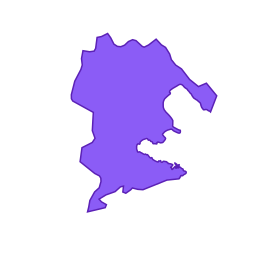 outline of Sevan, Gegharkunik, Armenia, rotated 22°
{"feature_id": "60910142B53261358782492", "entity_name": "Sevan", "entity_type": "district", "adm_level": 2, "iso_a3": "ARM", "parent_name": "Armenia", "parent_adm1": "Gegharkunik", "projection": "mercator", "projection_center": [45.001, 40.541], "detail": "fine", "context": "isolated", "style": "filled", "palette": "violet", "viewbox_px": 256, "rotation_deg": 22, "n_neighbors": 0, "source": "geoboundaries", "source_scale": "gbopen_adm2", "svg_char_len": 5875}
<svg xmlns="http://www.w3.org/2000/svg" viewBox="0 0 256 256"><g transform="rotate(22 128 128)"><path d="M121.9,220.9L136.7,210.4L136.7,207.2L131.0,206.4L127.8,204.8L132.6,198.3L139.9,191.8L143.1,185.3L145.6,183.6L147.2,189.3L150.4,189.3L153.6,184.4L154.5,182.0L160.1,181.2L165.0,179.6L183.6,161.7L194.2,156.1L194.2,155.9L194.6,155.5L194.6,155.3L194.6,155.2L194.4,154.8L194.4,154.6L194.5,154.4L194.9,153.8L195.0,153.6L195.0,153.4L194.8,153.1L194.8,152.8L194.9,152.3L195.0,152.2L195.5,152.0L196.0,152.0L196.3,151.9L196.5,151.8L196.7,151.5L196.9,150.9L197.1,150.5L198.2,149.2L198.7,148.4L198.7,148.1L198.7,147.7L198.6,147.4L198.5,147.1L198.3,146.9L198.1,146.8L197.8,146.7L196.9,146.6L196.7,146.7L196.4,146.8L195.7,146.8L195.5,146.7L195.2,146.6L194.8,146.1L194.6,145.7L194.3,145.5L194.1,145.4L193.5,145.4L193.2,145.5L192.6,145.4L192.4,145.3L191.6,144.9L191.3,144.8L191.1,144.8L190.6,145.0L190.0,145.6L189.6,146.1L189.3,146.3L189.1,146.3L189.0,146.1L189.6,145.4L189.9,144.9L190.0,144.7L189.9,144.6L189.6,144.5L188.8,144.8L188.4,144.9L188.2,144.8L188.1,144.6L188.1,144.4L188.2,144.2L188.7,144.0L189.3,143.4L189.4,143.2L189.2,142.9L188.9,143.1L188.2,143.6L187.8,144.1L187.6,144.3L187.5,144.5L187.5,144.9L187.5,145.2L187.5,145.5L187.9,146.1L188.0,146.4L187.9,146.7L187.9,147.0L187.7,147.2L187.6,147.3L187.2,147.2L186.9,147.1L186.7,146.9L186.6,146.6L186.6,146.0L186.7,145.4L186.9,144.9L186.9,144.6L186.9,144.2L186.8,143.8L186.7,143.4L185.4,143.0L185.0,143.0L184.8,142.9L184.6,142.9L184.6,143.0L185.1,143.6L185.4,143.8L186.0,143.8L186.5,144.1L186.6,144.3L186.7,144.6L186.7,144.9L186.6,145.3L186.0,146.2L185.6,147.1L185.4,147.5L185.4,148.0L185.1,148.8L184.8,149.5L184.6,149.8L184.4,149.8L184.2,149.9L184.0,149.7L183.9,149.5L184.0,149.3L183.8,149.1L183.5,148.9L183.4,148.6L183.2,148.6L182.5,148.7L182.3,148.5L182.3,148.3L182.4,148.1L182.8,147.7L183.0,147.2L183.0,146.8L183.3,146.0L183.4,145.7L183.3,145.4L183.1,145.2L182.9,145.2L182.6,145.2L181.3,145.2L180.8,145.3L180.5,145.4L179.3,145.6L178.7,145.9L178.4,145.6L178.2,145.4L177.2,145.3L177.1,145.2L176.9,145.0L176.6,144.9L176.2,144.9L175.7,144.9L175.4,145.0L175.2,145.2L174.0,145.3L173.6,145.4L173.1,145.8L172.9,146.5L172.7,146.7L172.6,146.9L172.3,147.1L171.7,147.1L171.2,147.0L171.0,146.9L170.8,146.7L170.6,146.2L170.4,146.1L170.0,146.6L169.7,146.8L169.0,146.9L168.8,147.1L168.8,147.4L168.8,147.8L168.7,148.1L168.4,148.2L168.1,148.4L167.5,148.4L167.1,148.4L166.3,148.4L165.1,148.3L162.8,147.9L162.0,147.3L161.3,146.6L161.0,146.6L160.6,147.0L160.2,147.3L159.8,147.3L159.2,147.1L158.7,146.9L156.9,145.8L156.1,145.4L155.8,145.5L155.6,145.6L155.4,145.8L154.8,145.8L154.0,145.6L153.7,145.8L153.0,146.4L152.7,146.4L151.8,146.3L150.1,146.0L149.1,146.0L148.6,145.9L148.3,145.8L147.9,145.7L147.5,145.8L146.6,146.5L146.1,146.6L145.8,146.5L145.5,146.2L144.8,145.3L144.0,144.4L143.6,143.6L143.4,143.0L143.2,142.6L142.8,141.6L142.8,141.2L142.7,140.6L142.7,140.1L142.9,139.5L143.1,139.1L143.3,138.9L143.6,138.8L144.5,138.8L144.8,138.6L144.9,138.4L145.0,138.0L144.8,137.4L144.6,137.0L144.6,136.6L144.7,136.1L145.0,135.4L145.3,134.7L145.7,134.1L146.0,133.6L146.4,133.1L149.0,130.9L149.5,130.7L149.9,130.7L150.3,130.8L150.6,131.0L151.1,131.5L151.3,131.6L151.6,131.6L151.8,131.4L152.1,131.2L152.5,131.2L153.4,131.3L153.6,131.5L153.8,131.7L154.2,131.9L154.5,131.9L154.9,131.8L155.4,131.8L156.0,132.0L156.3,132.3L156.7,132.8L156.9,133.0L157.2,133.1L157.4,133.1L158.4,132.7L159.1,132.3L159.9,132.3L160.2,132.2L160.6,131.9L160.7,131.7L160.4,131.0L160.3,130.8L160.4,130.5L160.6,130.2L160.9,130.0L161.2,129.8L161.7,129.7L163.7,129.6L164.1,129.4L165.3,128.7L165.6,128.4L165.8,128.1L166.6,125.7L166.8,124.6L166.8,124.0L166.7,123.5L166.3,123.2L165.8,122.9L164.7,122.5L163.4,121.7L162.8,121.4L162.5,121.1L162.4,120.8L162.4,120.4L162.9,119.3L163.2,118.3L163.6,117.5L164.4,116.4L165.4,115.2L167.7,113.4L168.1,113.1L168.5,112.9L169.0,112.8L169.6,112.9L170.8,113.4L171.3,113.5L172.2,113.7L173.3,113.7L174.5,113.8L176.2,113.8L177.0,113.7L177.5,113.5L177.8,113.3L178.0,113.0L178.1,112.7L178.0,112.0L177.8,111.4L177.5,110.8L177.2,110.5L176.3,110.7L174.9,110.7L170.5,110.2L169.7,110.1L169.3,109.9L168.9,109.7L168.7,109.4L168.5,109.1L168.3,108.3L167.0,104.9L166.8,104.4L166.5,104.1L165.0,102.9L162.8,101.6L161.0,100.7L159.0,99.8L157.5,99.2L156.5,98.6L155.5,98.0L154.8,97.6L154.3,97.1L153.2,95.9L152.8,95.2L152.4,94.4L151.4,92.0L151.1,91.1L150.9,89.6L150.9,89.0L151.0,87.8L151.1,87.0L151.4,86.4L152.3,84.4L152.9,83.2L153.2,82.6L153.3,82.3L153.8,81.6L154.1,81.2L154.2,80.9L154.3,80.5L154.3,80.2L154.2,79.8L154.1,79.6L153.2,79.4L153.0,79.0L152.9,78.5L152.9,77.8L153.1,77.2L153.3,76.7L153.7,76.0L154.8,74.3L157.7,70.6L158.3,69.7L159.0,68.8L159.3,68.5L159.9,68.0L160.2,67.9L160.9,67.7L161.9,67.7L162.4,67.8L163.2,68.1L164.3,68.7L164.6,68.8L165.1,69.1L165.6,69.3L166.1,69.3L166.6,69.5L168.0,69.8L168.4,69.9L168.8,70.2L169.3,70.6L170.7,71.2L172.5,72.3L172.9,72.5L173.4,72.6L173.6,72.6L176.3,74.8L176.9,75.0L177.4,75.4L177.8,75.6L178.2,75.7L179.8,76.0L180.6,76.2L181.6,76.3L182.8,76.7L183.3,77.0L184.6,77.3L185.5,77.7L185.8,77.9L186.2,78.4L186.9,79.2L187.0,79.5L187.4,80.0L187.7,80.2L188.0,80.7L188.4,81.1L188.9,81.5L190.6,82.5L190.9,82.7L191.1,82.8L191.7,82.6L192.5,82.2L193.1,81.7L193.9,81.5L194.8,81.5L195.4,81.7L196.1,81.9L196.9,81.8L197.6,81.8L198.5,82.2L198.2,64.9L183.9,57.1L177.8,63.2L166.9,59.9L155.5,53.2L148.6,51.8L142.6,48.4L138.9,43.8L132.6,39.2L127.8,38.4L120.8,35.1L116.0,43.3L112.7,47.0L110.6,47.0L102.7,44.0L99.2,44.4L96.0,47.7L93.8,52.5L90.9,55.3L87.6,56.3L83.5,55.5L78.1,50.8L73.7,48.0L69.1,53.2L65.4,55.6L68.2,66.3L67.8,69.4L63.8,71.7L57.3,73.2L58.9,81.1L62.0,86.7L62.4,91.4L61.1,104.5L63.0,118.4L64.6,122.1L66.7,123.7L90.0,126.5L95.9,143.8L101.3,149.9L100.3,154.8L92.7,163.5L96.2,177.2L114.1,182.6L119.5,183.1L121.6,184.7L123.0,187.7L123.7,194.2L121.0,199.8L119.8,209.5L121.2,216.0L121.9,220.9Z" fill="#8b5cf6" stroke="#5b21b6" stroke-width="1.5"/></g></svg>